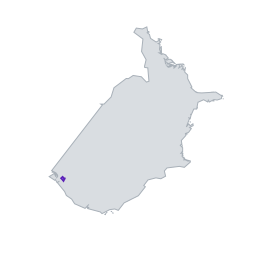 location of Skamania, Washington, United States of America, rotated 317°
{"feature_id": "52423323B13974884585376", "entity_name": "Skamania", "entity_type": "district", "adm_level": 2, "iso_a3": "USA", "parent_name": "United States of America", "parent_adm1": "Washington", "projection": "albers", "projection_center": [-121.935, 45.968], "detail": "fine", "context": "in_parent", "style": "filled", "palette": "violet", "viewbox_px": 256, "rotation_deg": 317, "n_neighbors": 0, "source": "geoboundaries", "source_scale": "gbopen_adm2", "svg_char_len": 4043}
<svg xmlns="http://www.w3.org/2000/svg" viewBox="0 0 256 256"><g transform="rotate(317 128 128)"><path d="M190.1,81.3L199.6,73.1L197.6,62.0L202.2,60.6L206.1,65.4L210.7,66.9L208.0,71.1L208.4,72.1L207.0,71.5L207.5,74.2L205.6,77.8L207.2,84.3L210.4,85.1L211.4,84.0L210.4,83.3L211.1,83.4L212.0,84.4L209.1,87.6L207.7,86.9L208.4,88.7L204.7,91.9L203.1,96.0L202.7,94.7L201.9,94.1L202.9,97.4L204.1,97.3L205.3,99.9L205.2,104.3L201.8,103.8L201.9,101.1L201.3,103.4L203.2,105.1L204.9,105.7L206.0,106.9L206.4,113.6L205.3,110.0L201.3,108.4L200.7,104.4L199.2,106.7L202.9,110.8L200.0,110.7L199.3,111.3L199.1,109.5L198.8,109.1L198.8,110.6L199.3,111.6L203.6,111.4L203.4,112.7L201.0,112.0L200.3,112.0L203.2,112.8L204.2,112.7L204.5,114.1L203.0,113.9L205.6,114.6L205.4,115.1L204.1,114.7L201.9,115.5L205.3,115.7L206.8,114.6L211.0,117.8L207.6,115.5L209.4,117.3L206.2,118.7L209.6,119.4L210.2,118.2L210.1,120.9L206.9,122.0L209.2,121.9L208.3,123.8L210.5,123.4L207.6,125.8L207.8,129.9L205.3,132.6L202.7,141.6L201.5,141.4L202.1,147.8L202.6,149.2L205.8,152.6L216.7,161.6L218.5,168.5L216.3,170.2L212.2,168.3L210.3,165.8L205.3,164.5L205.7,162.4L204.1,163.4L202.6,158.9L196.7,156.9L191.2,160.9L189.0,159.0L183.0,161.6L183.3,160.3L182.7,161.7L180.2,163.4L179.3,161.5L179.5,163.0L171.4,167.0L175.3,166.4L174.9,168.7L178.3,169.2L177.3,170.7L173.3,169.7L173.9,171.6L169.4,172.5L166.2,171.2L165.3,172.9L158.5,173.5L155.9,177.2L156.5,176.2L154.4,176.3L154.5,179.7L151.4,183.0L152.0,182.1L149.4,182.6L150.7,183.4L148.2,185.7L148.1,189.4L146.6,189.3L148.0,189.9L149.2,193.0L151.1,194.5L150.4,195.4L142.4,195.2L139.4,191.1L129.3,183.8L125.3,184.2L122.6,188.9L117.4,187.5L114.4,183.5L107.2,179.6L100.3,180.8L100.6,182.8L89.4,184.6L74.1,180.1L64.7,181.6L63.1,178.2L58.9,175.2L50.6,172.9L50.5,170.5L43.6,159.5L43.8,158.4L45.2,159.8L44.3,157.4L47.2,157.2L41.8,157.5L37.3,147.0L38.3,141.5L36.9,135.3L38.3,131.3L39.1,119.7L41.6,120.1L38.9,119.4L39.7,116.3L38.8,116.3L37.2,109.8L43.1,111.0L41.9,114.4L43.8,112.0L43.7,114.9L42.2,115.6L43.3,115.7L44.4,114.5L44.7,111.6L43.1,107.1L124.9,93.7L124.4,92.0L126.8,94.2L136.8,93.8L145.2,89.0L160.5,90.6L162.0,92.2L167.6,93.1L172.7,99.6L172.8,107.0L175.2,108.1L183.5,97.5L181.5,95.1L182.2,94.1L187.8,90.4L190.1,81.3ZM206.7,92.2L208.2,90.7L203.3,96.5L206.9,91.1L206.7,92.2ZM43.5,109.9L44.3,111.7L44.3,112.0L43.2,110.6L43.5,109.9ZM150.8,194.0L148.9,191.5L148.5,189.9L149.2,191.5L150.8,194.0ZM208.5,70.9L209.0,71.7L208.7,71.8L208.5,70.9ZM166.6,172.0L167.0,172.6L166.2,172.3L166.6,172.0ZM53.9,175.6L54.8,175.2L54.9,175.3L53.9,175.6ZM52.9,175.4L52.5,175.9L52.2,175.4L52.9,175.4ZM210.7,86.6L210.6,87.4L210.4,87.4L210.7,86.6ZM148.6,188.3L148.4,189.7L149.0,186.9L148.6,188.3ZM213.2,158.6L215.4,160.3L213.0,158.4L213.2,158.6ZM58.9,177.6L59.3,178.3L58.8,177.7L58.9,177.6ZM219.1,168.6L218.8,169.8L219.1,167.6L219.1,168.6ZM212.1,119.1L212.0,120.4L211.2,117.9L212.1,119.1ZM42.7,108.4L42.7,108.9L42.4,108.6L42.7,108.4ZM150.9,183.9L149.7,184.9L150.8,183.7L150.9,183.9ZM212.5,85.6L212.9,86.2L212.3,86.4L212.5,85.6ZM58.9,179.6L59.3,180.5L58.8,179.7L58.9,179.6ZM149.5,185.5L149.0,186.0L149.4,185.3L149.5,185.5ZM206.3,108.0L206.3,109.7L206.1,107.5L206.3,108.0ZM155.6,177.9L154.9,178.7L155.9,177.4L155.6,177.9ZM202.6,148.4L203.0,149.4L202.5,148.8L202.6,148.4ZM210.9,123.4L210.7,123.7L211.0,122.5L210.9,123.4ZM193.2,159.6L192.5,160.6L192.0,160.7L193.2,159.6ZM179.7,163.4L179.6,163.6L179.0,163.9L179.7,163.4ZM209.3,166.5L209.8,167.1L209.0,166.5L209.3,166.5ZM177.7,165.9L177.8,166.6L177.3,165.5L177.7,165.9ZM217.7,171.5L217.2,171.9L217.8,171.3L217.7,171.5ZM205.5,100.4L205.5,101.2L205.4,100.1L205.5,100.4ZM211.5,120.9L211.4,121.4L211.5,120.9Z" fill="#d9dde1" stroke="#a8b0b8" stroke-width="1"/><path d="M47.0,120.6L47.0,119.0L45.1,119.0L44.7,119.0L44.7,119.8L44.7,120.6L44.7,121.4L44.6,121.7L44.6,122.6L44.6,122.9L44.8,122.8L45.0,122.7L45.3,122.6L45.5,122.6L45.7,122.4L45.8,122.4L45.9,122.2L46.1,122.2L46.3,122.2L46.5,122.2L46.9,122.1L47.0,122.1L46.9,121.9L47.0,121.8L46.7,121.8L46.7,121.4L46.7,120.6L47.0,120.6Z" fill="#8b5cf6" stroke="#5b21b6" stroke-width="1.5"/></g></svg>